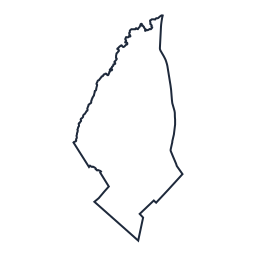 the district of Ezeiza, Buenos Aires, Argentina
{"feature_id": "61730980B4318709030653", "entity_name": "Ezeiza", "entity_type": "district", "adm_level": 2, "iso_a3": "ARG", "parent_name": "Argentina", "parent_adm1": "Buenos Aires", "projection": "natural_earth1", "projection_center": [-58.584, -34.874], "detail": "fine", "context": "isolated", "style": "outline", "palette": "slate", "viewbox_px": 256, "rotation_deg": 0, "n_neighbors": 0, "source": "geoboundaries", "source_scale": "gbopen_adm2", "svg_char_len": 5420}
<svg xmlns="http://www.w3.org/2000/svg" viewBox="0 0 256 256"><path d="M73.5,142.5L89.0,167.0L90.0,165.7L90.9,166.4L91.9,166.7L92.0,166.9L92.5,166.9L92.7,166.7L92.9,166.7L93.2,166.8L93.6,166.9L94.3,167.4L94.9,167.7L95.4,168.1L95.8,168.6L95.9,168.8L96.0,169.0L95.8,169.0L95.7,169.2L95.8,169.3L96.2,169.6L96.5,169.7L96.7,169.9L96.8,170.1L97.1,170.4L97.3,170.4L97.9,170.1L98.2,170.1L98.5,170.2L98.7,170.4L99.2,170.5L99.6,170.7L100.3,170.9L100.5,171.1L101.0,171.5L100.2,172.6L108.8,186.5L104.2,191.7L98.7,198.2L97.5,199.2L94.4,201.8L120.2,224.6L138.2,240.6L143.1,217.6L139.7,213.9L153.8,200.5L156.1,202.7L168.0,190.0L182.5,174.1L176.8,166.0L176.1,163.8L173.0,156.5L170.8,151.2L170.6,150.3L170.7,149.3L172.3,142.1L172.3,141.3L173.9,134.4L175.1,124.5L175.1,119.6L174.9,117.0L174.8,112.8L174.5,110.9L172.3,103.2L172.0,100.7L171.9,99.8L171.1,89.8L170.5,85.3L167.4,66.1L167.0,64.3L166.1,61.3L165.6,59.9L164.9,58.4L163.7,56.1L160.6,50.8L160.3,50.1L160.0,49.3L159.9,48.6L159.9,47.9L161.0,26.4L161.2,24.1L161.5,21.8L162.1,18.0L162.7,15.5L162.3,15.4L161.9,15.4L161.6,15.4L161.3,15.5L159.5,16.8L158.5,17.8L157.9,18.2L157.5,18.3L156.8,18.2L156.5,18.2L156.0,18.4L155.7,18.7L155.5,19.1L155.3,19.4L155.0,19.5L154.0,19.3L152.0,19.3L151.5,19.5L150.9,20.1L150.4,20.3L150.2,20.4L150.1,20.6L150.1,21.1L150.2,21.9L150.4,22.4L150.4,22.8L150.4,23.3L150.3,23.8L150.3,24.0L150.5,24.2L150.9,24.4L151.1,24.6L151.7,25.4L151.7,25.6L151.4,26.2L151.4,26.4L151.4,26.8L151.6,27.0L152.0,27.2L152.2,27.3L152.2,27.6L151.3,28.8L150.8,29.2L150.5,29.2L149.8,29.0L149.5,29.1L149.0,29.5L148.1,30.0L147.7,30.2L147.1,30.1L146.6,29.8L146.2,30.1L145.6,30.8L145.3,30.8L145.1,30.7L145.1,30.2L145.3,30.0L145.3,29.8L145.1,29.4L145.1,28.9L144.9,28.6L144.0,27.6L143.9,27.4L143.9,27.0L143.8,26.7L143.3,26.4L143.2,26.3L142.9,25.7L142.7,25.5L142.0,25.7L141.6,25.5L141.4,25.2L141.4,24.8L141.7,24.3L141.8,24.2L141.7,23.9L141.4,23.8L141.2,23.8L140.7,24.1L140.2,25.4L140.1,26.0L139.7,26.7L139.4,27.3L138.6,27.9L137.9,29.1L137.5,29.1L137.1,29.0L136.9,28.9L136.3,28.3L136.1,28.2L135.9,28.3L135.7,28.5L135.3,29.2L135.0,29.3L134.2,29.2L133.0,29.3L131.8,29.2L131.5,29.2L131.0,29.5L130.7,29.7L130.4,30.1L130.0,30.5L129.9,30.6L129.8,30.8L129.8,31.0L129.8,31.7L129.8,32.2L129.8,32.4L129.3,32.8L129.2,33.0L129.3,34.1L129.5,34.6L130.0,35.1L130.2,35.5L130.4,36.2L130.3,36.4L130.1,36.5L129.9,36.5L129.6,36.5L129.2,36.2L128.9,36.2L128.8,36.3L128.7,36.5L128.5,37.1L128.3,37.2L128.1,37.3L127.1,37.3L126.3,37.1L126.1,37.2L125.9,37.3L125.8,37.6L125.8,38.0L125.7,38.2L125.4,38.6L125.3,38.9L125.3,39.4L125.5,39.9L126.0,40.2L126.1,40.6L125.9,41.5L125.4,41.9L125.2,42.1L125.2,42.4L125.4,42.6L125.5,42.6L125.8,42.6L126.3,42.4L126.5,42.4L127.0,42.7L127.2,42.9L127.3,43.2L127.3,44.1L127.1,44.4L126.1,44.8L125.6,45.2L124.4,46.5L124.1,46.7L123.3,47.0L122.9,46.8L122.7,46.7L121.7,45.4L121.3,45.3L121.1,45.4L120.7,45.9L120.6,46.0L119.8,46.3L119.3,46.8L118.6,47.6L117.4,48.6L117.3,48.9L117.4,49.1L117.6,49.3L118.3,49.4L118.5,49.5L118.8,50.4L118.9,50.7L118.8,51.0L118.6,51.3L118.2,51.6L117.4,52.7L116.7,53.2L116.5,53.6L116.4,53.9L116.4,54.3L116.1,55.5L116.0,57.9L116.2,58.2L116.6,58.4L116.7,58.6L116.7,59.1L116.5,59.5L115.4,60.8L114.5,61.7L114.4,62.0L114.6,62.6L115.1,62.9L115.2,63.1L115.2,63.4L115.2,63.7L114.8,64.0L114.2,64.2L113.7,64.4L113.4,64.5L113.3,65.0L113.3,65.3L113.3,65.6L113.1,65.9L112.3,66.5L112.1,66.7L112.0,66.9L112.0,67.2L111.9,67.5L111.8,67.8L111.4,68.1L111.0,68.3L110.9,68.5L110.9,68.9L111.1,69.1L111.7,69.3L112.1,69.6L112.1,69.8L111.8,70.3L111.6,70.4L111.3,70.4L111.2,70.3L111.1,70.2L110.9,69.8L110.5,69.5L110.1,69.4L109.9,69.5L109.8,69.8L110.0,70.3L110.1,70.6L110.1,70.8L110.1,71.1L109.6,71.4L109.4,71.7L109.4,72.0L109.5,72.2L109.5,72.4L109.1,72.8L109.0,73.4L108.7,74.0L108.5,74.7L108.3,74.9L108.1,75.1L107.9,75.2L107.5,75.1L107.2,74.9L106.8,74.5L106.5,73.9L106.3,73.8L106.1,73.7L105.6,73.7L105.3,73.7L104.8,74.2L104.5,74.4L103.7,74.5L103.1,75.6L103.0,75.8L102.8,76.1L102.6,76.2L102.2,76.3L101.6,76.5L101.3,77.2L100.6,77.9L100.3,78.5L99.6,79.2L99.1,80.0L98.9,80.2L98.4,80.3L98.2,80.4L98.0,80.6L97.6,81.1L97.5,81.3L97.4,81.7L97.2,82.2L97.0,82.5L96.5,83.7L96.5,84.0L97.1,84.7L97.1,85.3L96.7,86.7L96.5,87.3L96.4,88.2L96.2,88.7L96.2,89.6L96.0,90.1L95.5,90.7L94.9,90.9L94.8,91.1L94.7,91.3L94.7,91.6L94.7,92.4L94.5,92.8L94.2,94.2L94.0,94.8L94.0,95.3L93.9,95.6L93.3,96.3L93.0,96.9L92.6,97.4L92.4,97.9L92.3,98.3L92.3,98.5L91.8,99.2L91.6,100.3L91.5,100.6L91.2,101.0L91.2,101.7L91.2,102.5L91.1,102.8L90.6,103.3L90.4,103.5L89.8,103.7L89.5,103.9L89.3,104.1L89.2,104.3L88.5,104.9L88.4,105.2L88.5,105.5L88.4,105.8L87.7,107.4L87.6,107.8L87.3,108.5L87.3,108.9L87.4,109.2L87.6,109.7L87.6,109.9L87.4,110.4L87.3,110.7L86.9,110.9L86.5,111.2L86.3,111.4L86.2,111.8L85.2,113.3L84.9,113.8L84.7,114.0L84.3,114.2L83.8,114.6L83.4,115.1L83.2,115.5L83.1,116.5L83.1,116.8L83.0,117.0L82.3,117.8L81.8,118.3L81.3,118.5L81.1,118.7L80.9,118.9L80.7,119.4L80.7,119.7L81.1,120.8L80.9,121.3L80.3,121.8L79.9,122.5L79.8,122.8L79.4,123.0L79.2,123.0L78.7,123.7L78.7,124.1L78.8,124.5L79.0,124.9L79.0,125.7L78.9,126.1L78.8,126.5L78.6,126.8L78.2,127.1L78.1,127.4L77.8,129.0L77.7,129.2L77.5,129.4L77.4,129.7L77.5,130.0L77.8,130.6L77.8,130.9L77.5,131.6L77.5,131.9L77.4,132.4L77.0,133.2L76.9,134.7L76.6,135.5L76.5,135.9L76.6,136.3L76.8,137.0L76.8,137.9L76.5,138.5L76.3,138.7L76.2,139.0L76.1,139.6L76.0,140.0L76.2,140.3L76.1,140.9L75.9,141.2L75.6,141.4L74.6,141.8L74.1,141.9L73.5,142.5Z" fill="none" stroke="#1e293b" stroke-width="2"/></svg>